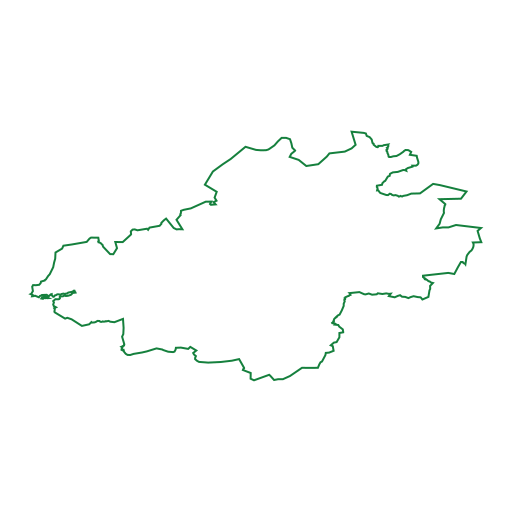 Voss nor, Hordaland, Norway
{"feature_id": "86288312B86706978449473", "entity_name": "Voss nor", "entity_type": "district", "adm_level": 2, "iso_a3": "NOR", "parent_name": "Norway", "parent_adm1": "Hordaland", "projection": "robinson", "projection_center": [6.456, 60.713], "detail": "fine", "context": "isolated", "style": "outline", "palette": "green", "viewbox_px": 512, "rotation_deg": 0, "n_neighbors": 0, "source": "geoboundaries", "source_scale": "gbopen_adm2", "svg_char_len": 6012}
<svg xmlns="http://www.w3.org/2000/svg" viewBox="0 0 512 512"><path d="M481.3,242.2L479.8,238.4L477.6,230.9L481.0,228.0L456.0,225.0L448.5,227.4L442.8,227.4L436.2,228.4L439.6,223.8L440.8,219.3L444.0,212.9L443.8,211.9L443.8,210.1L444.1,208.0L444.5,206.6L444.7,205.4L445.3,204.7L445.3,204.1L439.5,199.2L461.0,198.7L466.5,191.5L439.9,185.1L433.1,183.9L420.0,193.4L411.3,193.6L407.1,195.2L403.2,195.9L402.1,196.5L400.4,195.9L399.8,196.4L398.8,196.6L397.8,195.8L395.5,195.1L393.7,195.4L392.2,195.0L391.2,194.1L389.8,193.7L388.0,195.1L386.3,195.0L380.7,193.1L380.0,192.7L378.2,190.3L377.1,190.4L377.6,188.2L376.8,186.9L376.9,185.7L382.0,184.8L382.4,183.2L384.4,181.2L385.2,180.9L387.8,176.6L389.7,175.8L389.9,174.1L390.1,173.8L392.8,172.4L397.8,171.9L403.2,170.0L404.7,170.1L406.2,170.7L405.9,169.9L405.9,169.3L407.9,168.0L412.7,166.6L412.8,166.2L412.5,165.7L415.9,165.7L417.4,164.8L418.3,163.6L418.4,162.7L418.3,161.7L417.0,157.5L416.7,155.8L409.9,154.8L411.2,151.9L408.6,150.3L408.1,150.1L405.5,150.0L403.9,151.1L403.4,151.7L399.7,154.3L396.5,156.0L393.3,156.3L390.9,157.0L389.1,157.0L388.6,156.6L388.3,154.7L387.5,153.2L387.4,152.0L386.7,151.3L386.8,150.8L386.4,150.1L386.5,149.7L387.3,149.4L387.5,148.9L387.3,148.8L387.5,148.0L387.1,147.7L387.9,147.1L387.9,146.8L388.3,146.3L388.3,145.2L388.0,144.8L388.2,144.5L383.7,145.2L382.4,145.9L378.5,145.9L378.6,146.3L377.7,147.2L376.3,146.9L373.6,144.7L373.5,144.4L373.6,143.7L372.5,143.0L371.7,139.5L369.6,137.1L366.7,135.9L365.9,133.5L363.8,132.9L351.6,131.7L355.6,144.8L351.6,148.4L344.8,151.6L329.4,153.4L326.8,156.6L318.3,164.2L306.3,166.0L298.7,159.9L289.7,156.9L291.3,153.8L294.8,151.0L295.1,150.5L292.3,147.7L291.4,143.4L290.0,139.2L286.2,137.9L281.6,137.9L277.9,141.4L274.4,145.4L269.2,149.0L268.1,149.6L266.0,150.2L261.1,150.3L256.0,149.9L245.5,146.8L230.7,159.0L222.7,164.3L212.9,171.5L204.9,184.7L216.7,191.8L214.6,197.6L216.5,200.7L213.6,202.1L215.6,204.4L210.9,204.8L210.0,204.0L211.3,201.6L205.7,201.7L190.8,208.4L183.8,209.8L181.0,210.8L180.9,213.1L180.3,214.2L180.3,214.7L180.6,215.1L176.5,219.8L182.4,229.3L178.8,229.2L176.6,229.4L173.7,228.0L166.1,218.6L164.0,220.2L161.5,222.7L161.3,223.0L161.4,223.8L159.6,225.8L149.5,227.6L148.1,229.8L147.0,228.7L137.5,230.3L134.7,229.4L132.6,229.6L130.8,231.4L131.1,234.2L130.7,234.8L122.7,242.1L115.3,242.0L117.0,248.2L113.3,254.2L110.1,254.1L103.1,246.7L102.5,244.8L102.0,244.5L100.9,243.3L99.3,242.4L98.5,242.3L98.2,241.4L98.8,240.7L98.3,237.7L91.0,237.6L89.5,238.6L86.7,241.9L71.7,244.5L63.4,245.7L62.1,248.6L55.5,252.5L55.2,258.7L54.1,262.6L53.2,267.2L49.7,274.3L48.2,275.9L45.9,279.4L44.8,280.1L44.7,280.5L41.0,281.6L40.6,283.2L39.2,284.8L35.9,285.2L33.1,285.1L32.2,286.7L32.9,291.1L31.3,293.8L30.7,294.1L32.6,294.9L32.1,296.3L33.7,296.1L35.0,295.7L38.9,297.3L40.0,295.9L41.1,295.6L41.9,295.0L46.7,294.8L47.5,295.4L47.5,295.8L47.8,296.0L47.7,296.5L48.0,296.5L48.9,296.1L50.1,295.0L51.1,294.9L51.0,294.3L51.4,294.2L51.3,294.5L52.0,295.1L52.6,296.4L53.4,296.8L54.0,296.6L54.9,295.4L56.1,295.1L57.3,294.3L59.0,294.3L60.0,294.8L61.6,294.0L63.4,293.6L64.6,293.9L65.6,293.9L66.1,293.5L67.1,293.5L68.2,292.6L72.4,291.7L74.0,290.6L74.5,290.7L74.6,291.6L75.3,292.1L75.5,292.6L72.4,293.0L71.9,293.7L71.9,293.9L70.8,294.9L67.9,295.8L65.9,296.0L64.2,295.6L63.0,296.3L60.1,296.5L59.7,296.9L59.9,298.3L59.3,299.0L58.3,299.3L55.4,299.2L53.2,301.1L53.9,302.5L53.2,304.5L53.8,306.1L56.0,307.3L54.2,308.2L54.8,309.0L54.4,311.8L55.0,312.5L65.1,318.6L67.3,317.8L71.6,319.3L81.9,325.9L89.2,324.3L91.4,322.1L91.8,322.6L94.5,322.4L95.7,322.0L97.5,320.9L99.5,321.0L100.2,321.7L101.1,321.9L102.0,321.8L102.7,321.4L103.7,321.7L104.5,321.6L105.6,321.2L106.0,321.2L106.1,321.4L108.6,320.9L110.2,321.7L114.4,322.2L123.0,318.9L123.6,327.9L123.3,334.1L122.1,336.7L124.3,344.3L124.0,344.8L124.1,345.4L123.9,345.7L123.1,345.9L122.9,346.4L122.5,346.3L121.4,346.8L122.1,347.3L122.2,348.2L121.7,348.7L121.5,349.8L122.4,350.3L123.6,349.9L123.8,350.5L123.6,350.8L123.7,351.3L125.7,353.8L127.5,354.9L130.2,355.0L133.6,353.9L142.0,352.5L146.8,351.4L156.5,348.4L162.3,349.5L163.1,350.0L168.1,351.7L173.1,352.1L174.5,351.6L175.6,349.6L175.9,347.8L180.9,347.6L188.2,348.9L190.3,346.9L196.3,350.5L193.2,353.0L194.0,354.5L195.9,356.1L195.1,357.9L195.1,359.1L197.0,360.8L199.0,361.9L208.2,362.6L220.8,362.0L231.9,360.7L239.1,359.1L244.1,367.9L244.1,368.2L243.3,369.0L242.9,370.0L250.7,373.0L250.6,378.7L254.0,380.3L269.2,374.8L270.4,375.9L274.1,380.0L278.1,379.2L282.9,379.2L290.0,376.0L302.0,367.8L310.4,367.9L317.9,367.8L319.3,364.4L320.5,362.3L322.0,361.5L325.4,355.1L325.8,352.9L329.1,352.6L333.6,350.8L332.8,346.2L330.8,345.3L333.9,342.6L336.6,342.1L339.4,337.3L339.4,333.0L343.2,332.3L343.2,331.9L342.8,329.4L339.2,326.6L338.3,325.0L334.7,324.6L335.3,323.8L334.6,323.4L332.3,323.2L332.1,322.9L333.9,321.4L333.9,321.0L333.5,320.9L334.3,318.8L337.1,316.6L337.2,316.4L336.8,316.4L337.9,315.4L339.6,314.6L341.8,310.4L343.7,305.9L343.7,303.7L344.7,301.4L344.5,300.9L344.5,300.3L344.3,300.0L345.0,299.4L344.9,299.2L345.0,298.9L344.8,298.8L344.6,298.2L345.3,297.9L345.3,297.3L347.9,296.1L348.7,296.0L349.4,295.2L350.5,294.9L350.1,293.6L349.6,293.1L359.4,292.1L364.1,294.2L365.5,294.4L368.8,293.5L372.1,294.7L376.7,294.3L377.8,293.3L382.4,294.0L386.2,293.4L389.0,293.9L390.7,293.7L388.9,296.1L394.7,297.3L397.8,295.9L400.1,295.2L402.0,296.7L405.2,296.9L408.4,298.1L410.6,297.1L413.6,296.2L417.8,297.1L420.4,297.3L420.8,297.5L422.4,299.5L428.4,296.9L429.5,290.3L430.2,288.9L430.1,285.9L432.9,283.0L431.0,282.5L429.6,281.4L428.5,281.2L427.1,279.9L425.1,279.3L425.3,278.8L424.8,278.7L424.8,278.3L423.8,277.8L423.7,277.4L423.0,277.0L423.0,275.7L448.3,272.9L454.3,274.0L457.8,267.4L460.9,262.0L462.7,262.0L463.2,262.8L464.1,263.4L464.9,263.6L465.4,264.3L466.6,256.5L467.3,254.9L469.6,251.9L471.5,250.4L472.6,248.6L473.2,247.2L473.5,246.0L473.6,244.6L473.4,243.5L472.9,242.5L481.3,242.2ZM48.6,298.1L46.1,296.9L43.9,296.4L42.0,297.5L41.4,298.5L43.0,298.8L44.8,297.8L45.6,298.2L46.2,298.0L47.3,298.2L48.6,298.1Z" fill="none" stroke="#15803d" stroke-width="2"/></svg>